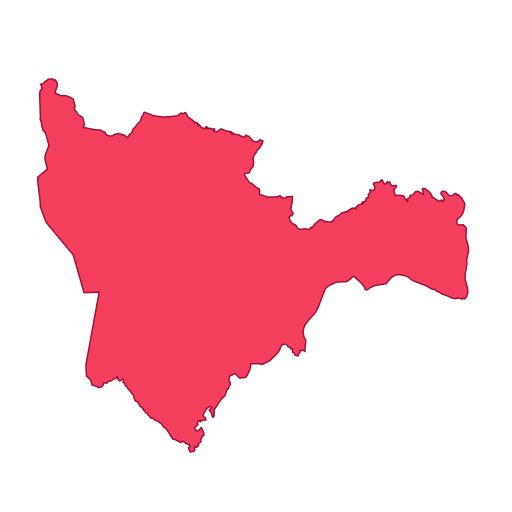 outline of Tuy, Tuy, Burkina Faso, rotated 356°
{"feature_id": "67063806B52798800731394", "entity_name": "Tuy", "entity_type": "district", "adm_level": 2, "iso_a3": "BFA", "parent_name": "Burkina Faso", "parent_adm1": "Tuy", "projection": "natural_earth1", "projection_center": [-3.482, 11.43], "detail": "fine", "context": "isolated", "style": "filled", "palette": "rose", "viewbox_px": 512, "rotation_deg": 356, "n_neighbors": 0, "source": "geoboundaries", "source_scale": "gbopen_adm2", "svg_char_len": 6084}
<svg xmlns="http://www.w3.org/2000/svg" viewBox="0 0 512 512"><g transform="rotate(356 256 256)"><path d="M195.9,108.3L194.9,108.0L193.5,109.0L191.3,108.1L187.4,110.7L174.2,111.1L164.2,109.1L154.7,104.8L153.7,105.9L153.1,107.8L151.3,109.6L150.3,113.1L146.2,116.7L144.7,119.0L142.4,120.6L140.5,124.4L138.2,126.0L136.3,128.7L135.6,128.7L133.3,126.3L128.0,124.4L124.0,124.6L121.1,126.2L118.1,126.0L115.8,125.1L114.5,123.7L114.0,121.9L112.3,121.4L110.0,119.5L104.6,118.9L92.7,115.7L93.4,114.8L93.9,112.2L92.8,105.8L87.9,102.2L87.4,100.2L84.8,96.9L86.0,93.7L84.6,86.5L79.8,83.7L76.5,82.6L72.3,82.5L70.6,81.2L67.3,79.9L67.2,78.2L69.5,72.9L69.7,70.0L69.3,68.6L68.0,66.3L66.7,66.5L65.5,65.2L61.2,65.1L59.1,66.8L57.8,67.0L56.3,68.8L54.8,69.8L53.2,69.5L54.3,74.0L52.3,76.0L51.5,78.7L50.6,103.2L50.1,103.9L51.1,107.1L51.4,111.9L52.3,114.1L52.1,115.3L54.7,118.7L57.1,131.3L53.3,139.5L52.4,142.6L52.3,145.2L53.7,152.5L53.7,154.9L43.7,162.2L43.5,167.4L44.5,186.3L44.3,192.0L49.0,207.7L73.8,242.3L81.9,280.6L97.0,281.2L78.8,352.4L78.5,363.9L81.7,367.3L82.9,369.9L83.5,373.2L88.1,375.0L89.7,376.4L91.7,376.2L94.3,374.7L95.4,371.8L98.4,372.5L99.4,371.1L103.0,370.3L106.1,368.4L107.8,368.5L108.8,366.8L109.5,367.0L109.8,369.5L111.3,371.2L114.6,369.6L115.3,370.5L114.6,372.9L116.1,373.8L116.6,376.3L118.2,377.0L118.6,379.0L122.1,383.3L122.6,384.7L123.7,385.3L124.0,386.9L124.4,387.2L124.4,389.8L125.4,392.0L127.5,393.2L128.4,394.3L129.5,397.1L133.0,400.9L133.0,401.9L134.3,402.9L134.8,404.7L137.2,405.6L137.2,407.1L138.9,408.6L139.4,410.2L141.5,410.5L144.2,413.0L146.1,413.6L147.8,415.3L149.5,416.2L152.3,420.7L153.7,421.3L155.2,423.5L157.9,428.2L158.1,429.5L158.8,429.8L160.2,432.8L162.5,433.4L167.7,436.8L170.5,435.7L172.9,438.1L176.4,439.5L176.8,440.6L176.5,442.2L175.3,442.6L176.5,446.9L180.5,446.5L181.5,445.0L181.0,444.4L181.2,442.2L181.5,441.8L182.3,442.8L184.2,442.3L185.2,441.2L184.7,441.2L185.0,439.6L188.2,437.4L188.2,435.0L188.7,433.5L189.7,432.7L189.9,431.9L191.5,431.2L191.5,428.6L189.6,423.5L189.1,423.3L187.8,425.1L185.4,426.5L184.9,426.5L182.9,424.0L182.8,423.2L186.2,420.3L185.8,417.9L187.8,416.3L188.6,417.3L188.9,416.2L190.2,416.7L192.8,415.8L194.4,416.3L194.2,414.0L192.6,412.6L191.9,411.1L195.8,405.0L198.9,403.0L200.7,403.3L201.4,404.3L198.5,406.4L200.7,409.8L201.2,413.5L202.2,413.7L203.0,412.8L203.6,406.4L211.5,396.2L215.4,393.0L217.6,387.7L219.8,385.6L219.8,384.0L221.5,382.4L221.4,380.3L220.4,378.8L220.4,376.8L222.1,373.3L223.9,373.1L226.6,371.6L231.2,376.6L236.6,376.5L238.0,375.7L241.5,370.0L242.7,366.9L243.3,363.2L250.3,363.5L255.0,364.6L262.8,361.1L270.5,354.6L272.7,351.8L275.1,347.0L276.8,346.0L279.5,346.2L281.1,347.5L281.7,348.9L284.2,349.7L284.4,351.3L286.1,351.1L285.8,354.5L287.1,355.1L287.8,357.3L289.2,358.2L291.1,358.5L291.4,356.6L293.0,355.7L293.4,353.4L296.7,353.5L298.3,354.5L298.3,352.0L299.8,343.9L298.0,339.5L297.7,334.1L299.5,329.0L301.7,326.1L311.6,316.2L314.2,312.0L322.5,294.2L323.9,292.5L326.5,290.8L334.6,287.6L344.6,287.9L348.5,285.6L351.9,282.8L359.2,290.4L361.7,294.2L362.6,296.9L364.4,297.6L367.2,295.8L372.2,293.8L383.9,292.7L389.9,286.6L394.1,284.6L396.6,284.5L402.3,285.6L406.8,287.7L409.3,290.4L412.2,292.2L424.3,297.9L429.2,301.3L431.8,301.6L433.5,303.6L437.7,305.7L439.2,307.1L443.8,308.9L449.1,311.8L452.1,312.5L454.8,312.0L459.1,313.5L460.0,312.6L460.9,312.7L461.3,313.3L463.1,311.5L464.8,307.4L464.7,302.4L463.0,294.2L463.3,289.1L465.9,278.5L465.8,275.1L468.5,265.2L468.3,260.3L466.7,252.9L467.6,243.2L467.2,241.8L464.7,239.2L462.3,239.4L459.5,238.8L458.5,236.6L459.1,233.8L463.6,230.1L465.7,226.9L466.8,223.9L468.0,218.4L465.2,212.6L462.3,209.1L461.7,208.7L460.4,209.2L459.9,207.7L458.6,207.4L456.6,209.2L454.4,209.7L452.3,208.6L450.9,206.4L448.9,204.7L446.4,204.4L445.0,205.7L444.8,206.7L447.3,210.5L447.8,212.4L447.0,212.8L446.5,214.5L444.6,213.2L442.2,214.3L441.0,212.9L440.1,212.9L437.5,210.4L435.8,209.7L435.7,207.9L433.8,204.5L429.5,200.8L427.1,200.2L426.4,201.2L427.4,203.3L427.3,206.1L422.1,202.8L419.7,202.9L416.6,206.2L414.2,206.2L412.8,208.8L410.8,209.9L411.1,211.7L410.5,212.2L410.0,210.6L408.2,208.8L407.7,206.6L404.1,205.4L401.0,205.3L400.2,205.8L399.1,204.8L398.0,199.7L398.3,199.0L400.3,197.6L401.0,195.8L400.2,195.3L396.4,195.6L395.0,193.5L394.7,191.6L392.9,191.6L392.1,191.0L390.3,193.2L389.0,193.1L387.1,188.9L386.3,188.8L383.9,191.4L381.5,190.8L378.2,191.7L378.0,192.5L379.6,195.2L378.8,198.2L376.1,199.0L374.8,197.8L374.2,198.1L374.5,199.4L373.8,201.1L372.4,202.5L372.2,205.3L369.9,206.1L369.3,208.9L365.9,209.7L365.4,210.2L366.6,211.0L365.8,211.9L364.7,211.6L361.5,212.3L360.7,213.6L360.2,213.5L358.9,214.8L358.9,215.9L357.8,215.6L357.7,215.1L355.3,215.0L352.3,216.4L351.3,217.5L350.1,217.5L349.7,218.5L347.5,218.2L346.8,218.7L344.4,219.0L341.6,221.4L338.9,222.2L337.0,223.9L335.7,226.0L334.8,226.1L334.4,227.3L333.0,227.0L332.0,227.5L327.9,226.3L327.0,227.0L326.6,226.0L324.3,224.6L322.3,224.2L316.7,228.4L314.3,231.2L312.8,231.3L313.1,232.1L312.2,232.2L311.0,233.3L308.1,232.5L301.9,232.4L300.2,231.9L299.1,230.7L298.0,228.1L294.3,226.0L292.2,222.5L291.7,219.7L292.2,219.0L295.0,217.9L296.0,216.2L294.1,212.4L294.7,208.2L295.6,206.1L296.6,199.2L290.9,199.1L289.6,200.3L286.1,199.8L284.3,197.6L280.2,198.5L271.6,198.0L263.7,194.7L264.2,191.1L263.8,189.3L261.4,187.9L256.7,183.2L254.6,182.4L250.1,174.3L250.2,173.3L251.9,172.6L254.9,172.6L257.2,168.6L259.4,166.5L260.2,161.4L259.8,159.0L261.3,155.0L263.5,152.7L264.1,150.9L266.8,148.9L269.4,145.5L269.1,145.0L270.3,143.6L270.9,141.7L268.0,140.2L265.8,142.2L261.4,141.5L257.1,136.0L256.1,135.9L254.6,134.7L254.0,135.0L253.3,136.6L252.0,136.6L251.6,135.9L250.2,136.2L250.2,135.7L247.8,134.6L247.2,133.7L243.8,133.3L241.7,131.7L241.3,133.0L240.8,133.1L239.2,131.4L240.3,130.9L239.9,130.4L234.6,129.0L230.3,126.8L227.2,128.2L226.5,129.1L224.4,129.1L222.5,128.3L223.7,126.6L222.9,126.2L220.9,126.4L219.4,125.3L216.2,125.6L216.0,125.0L216.6,124.3L215.8,123.6L214.9,123.8L213.8,125.4L212.6,125.0L210.2,123.6L208.2,120.7L207.1,121.6L206.9,119.2L204.6,118.4L204.1,119.0L203.3,117.2L197.8,112.6L195.9,108.3Z" fill="#f43f5e" stroke="#9f1239" stroke-width="1.5"/></g></svg>